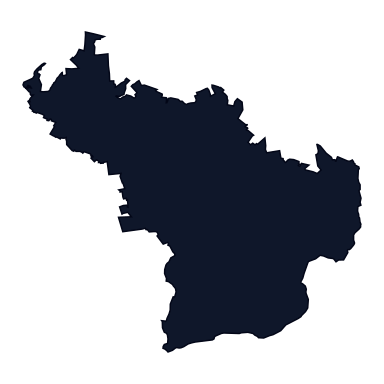 the district of Galesti, Mures, Romania
{"feature_id": "2599482B64118138183254", "entity_name": "Galesti", "entity_type": "district", "adm_level": 2, "iso_a3": "ROU", "parent_name": "Romania", "parent_adm1": "Mures", "projection": "robinson", "projection_center": [24.743, 46.496], "detail": "fine", "context": "isolated", "style": "filled", "palette": "ink", "viewbox_px": 384, "rotation_deg": 0, "n_neighbors": 0, "source": "geoboundaries", "source_scale": "gbopen_adm2", "svg_char_len": 5786}
<svg xmlns="http://www.w3.org/2000/svg" viewBox="0 0 384 384"><path d="M285.8,324.9L298.2,318.5L301.0,316.6L301.5,315.6L305.5,311.6L307.7,308.0L308.3,299.4L306.0,293.2L305.9,291.6L306.3,289.2L305.3,286.1L302.6,283.8L300.9,282.9L300.7,282.1L302.8,278.0L304.1,273.3L308.0,262.3L308.7,261.4L315.6,258.8L320.1,255.3L323.4,255.9L328.2,257.9L332.9,258.5L333.9,259.1L336.0,261.8L338.6,260.0L343.6,259.9L347.8,252.6L347.4,250.4L347.8,249.6L349.4,249.6L350.7,248.6L353.5,245.2L354.4,243.7L354.5,242.8L353.6,240.1L353.6,235.0L354.9,232.8L359.0,229.1L360.6,227.0L360.6,225.4L360.9,224.2L360.0,221.9L359.5,217.9L358.8,217.0L358.6,214.1L357.8,212.1L357.6,210.5L357.9,206.5L360.9,205.2L360.1,202.3L361.0,198.2L358.9,190.6L360.1,189.5L360.1,184.8L358.7,182.2L357.9,178.5L358.3,170.3L358.4,169.6L359.2,168.7L358.8,166.9L354.8,164.9L355.0,163.9L353.4,162.5L353.5,161.7L352.3,160.0L350.0,161.2L347.8,161.1L337.7,156.8L337.4,157.0L336.0,161.2L335.5,161.2L335.4,160.1L334.8,159.7L332.4,159.8L331.4,157.3L326.2,153.2L320.3,146.0L317.5,144.4L316.9,144.5L318.4,150.8L318.0,153.2L317.1,154.2L315.9,154.8L317.8,166.0L321.1,170.0L317.2,173.5L313.1,171.8L305.4,169.9L304.9,169.3L305.1,168.3L308.9,165.1L301.5,163.4L300.0,166.4L298.4,165.6L299.5,164.1L298.5,163.6L299.1,161.9L298.8,161.5L293.7,159.6L289.6,159.2L287.8,160.1L285.8,162.4L285.2,162.5L284.4,161.2L283.2,160.1L283.1,158.6L280.9,158.2L279.6,150.7L266.7,152.8L265.4,149.5L265.7,145.7L264.9,137.9L257.6,144.3L256.6,143.6L255.0,144.8L252.7,143.2L250.6,144.8L248.0,142.3L252.3,136.0L253.6,135.2L247.9,130.4L246.6,130.2L246.3,129.8L247.7,128.2L247.2,127.6L245.2,127.0L245.2,126.1L247.0,125.2L247.1,124.7L245.6,124.7L237.9,118.6L242.8,109.9L242.1,102.1L237.4,98.7L234.9,101.6L233.7,106.0L227.3,104.8L227.8,100.3L227.2,98.8L227.1,96.5L225.3,94.3L222.4,92.1L223.8,90.1L220.7,87.5L220.1,88.0L218.7,87.0L213.4,85.3L212.0,85.1L212.1,87.7L215.3,93.7L210.5,96.3L210.4,94.7L208.8,90.1L207.4,88.3L206.1,88.6L200.4,91.4L196.6,92.5L197.6,94.9L194.8,96.0L196.1,99.2L196.2,100.1L195.8,101.6L194.7,102.7L190.9,103.0L187.9,103.7L186.9,104.5L184.6,103.7L182.3,101.3L181.6,101.2L180.7,101.6L178.1,99.4L170.8,97.9L168.0,98.5L167.9,100.0L167.1,102.6L166.2,102.8L166.5,99.7L166.2,97.7L161.6,97.3L162.3,94.9L162.1,94.0L156.0,91.3L155.6,90.4L157.0,89.5L144.4,85.1L141.4,85.5L139.0,80.6L136.9,81.9L134.7,83.9L132.9,84.6L131.3,86.3L136.9,92.5L136.9,92.9L135.0,94.7L136.0,96.3L134.9,97.7L134.2,98.2L130.9,96.1L126.5,94.9L125.2,96.4L122.5,97.2L120.9,98.7L119.8,98.7L117.6,97.6L116.0,96.2L116.6,95.8L118.5,96.4L120.1,96.2L120.5,95.7L123.9,94.5L124.3,92.6L125.7,88.7L125.6,84.6L129.5,80.6L126.5,78.3L125.2,79.6L125.0,80.8L124.2,81.6L121.3,83.0L116.6,86.7L115.3,87.3L115.5,85.1L114.8,84.1L113.8,84.1L113.7,80.9L109.7,81.0L109.4,73.8L108.4,65.8L107.9,53.9L97.4,55.1L94.9,55.0L94.3,54.6L94.8,47.0L93.7,44.6L93.5,43.5L94.6,41.9L95.1,39.9L97.0,39.3L100.3,39.2L100.4,37.9L102.2,37.5L104.2,36.5L93.5,33.8L85.4,32.0L85.5,35.1L84.9,44.6L84.1,50.8L79.2,49.4L76.8,54.4L75.6,55.9L73.4,58.1L72.6,57.5L70.5,59.6L76.3,65.1L78.8,68.3L71.8,68.9L66.0,68.6L66.6,74.7L64.2,75.6L62.4,75.5L62.3,72.5L61.8,72.7L59.7,75.1L58.8,76.6L57.1,78.2L55.4,81.7L53.7,83.0L53.3,84.3L52.4,85.1L52.0,86.3L50.5,88.2L50.1,89.8L48.5,91.4L43.2,91.8L40.4,91.5L41.4,84.6L38.7,78.4L40.0,74.8L39.3,74.5L39.1,73.9L38.3,74.0L37.6,73.2L37.7,71.0L38.8,70.0L40.8,69.7L41.4,66.8L44.5,64.6L45.4,63.5L44.9,63.3L44.1,63.2L41.9,64.5L37.0,68.9L34.6,71.7L34.1,73.5L34.4,75.6L32.7,78.3L23.9,82.3L23.0,84.9L24.1,87.0L25.1,87.3L25.5,88.1L27.0,87.1L28.0,87.3L29.1,86.4L27.6,86.0L27.8,85.4L28.2,85.4L30.0,86.1L31.5,88.1L31.2,88.3L29.8,87.1L27.9,88.1L26.9,88.3L26.5,88.9L29.1,91.8L30.2,92.2L30.3,94.2L31.1,95.4L31.6,95.6L32.5,94.9L33.4,95.0L30.3,98.3L29.4,100.2L29.9,101.4L28.6,100.9L28.0,101.3L30.2,104.9L30.5,106.2L30.3,107.2L29.7,107.5L29.8,107.8L32.8,110.1L32.4,111.1L33.2,111.4L33.9,112.3L35.3,112.4L36.2,113.1L37.3,112.5L42.5,114.3L44.4,115.6L43.5,117.6L47.1,119.1L47.0,120.4L48.8,120.7L50.2,119.0L51.3,119.4L51.4,120.8L55.8,122.4L53.7,125.8L54.5,126.7L50.1,134.0L53.4,135.9L54.7,136.3L55.4,137.1L56.9,137.1L60.2,138.9L60.5,138.0L64.2,138.2L66.2,137.5L66.0,139.3L66.6,141.0L66.7,144.6L72.2,150.6L73.8,151.2L74.1,150.3L74.7,150.1L76.0,151.4L80.0,151.4L82.0,152.3L82.8,153.1L84.2,151.7L90.2,153.8L91.6,155.3L90.9,155.8L91.8,156.8L92.6,156.2L92.9,156.9L91.0,158.1L94.4,161.7L96.4,159.9L98.9,161.2L99.0,161.7L98.6,162.5L100.7,162.7L100.7,163.3L103.3,163.1L103.4,162.4L107.2,161.6L108.9,174.6L121.0,173.4L120.1,176.4L122.4,183.0L122.9,183.0L124.8,188.7L118.8,189.9L120.2,191.1L120.1,192.0L122.2,191.7L122.9,197.0L123.6,198.9L126.0,198.3L126.6,200.2L127.5,199.7L128.1,207.3L127.4,207.1L127.3,205.9L126.6,205.2L123.3,205.5L119.6,206.9L122.0,214.1L123.1,213.4L127.8,212.3L131.4,216.8L118.5,217.3L122.8,231.7L141.9,229.1L145.3,228.3L146.1,229.7L147.4,229.6L149.2,231.9L153.4,231.6L155.7,231.6L156.9,232.0L158.3,234.2L157.1,236.0L163.2,244.1L167.7,242.4L168.5,243.8L167.9,245.1L169.9,246.1L172.9,251.9L174.7,253.7L174.9,255.6L170.8,257.9L169.0,261.8L167.1,263.4L166.0,265.0L164.7,269.6L164.6,273.6L166.5,278.4L166.2,281.1L168.5,281.6L172.7,284.6L173.1,285.6L175.5,288.5L176.1,291.9L174.8,296.5L174.4,297.1L173.2,296.8L170.3,304.1L170.2,310.1L169.0,314.1L167.0,318.4L166.6,320.1L165.5,321.5L164.5,321.0L161.7,320.7L162.3,321.6L162.5,327.8L164.3,332.2L166.4,333.2L167.4,334.8L168.0,338.9L167.6,343.4L164.3,344.5L163.2,346.5L163.0,348.3L164.6,348.9L166.7,350.5L168.0,352.0L172.5,350.3L175.7,347.8L176.9,347.6L179.1,348.0L180.9,347.8L183.7,346.7L188.2,343.9L191.8,342.8L195.3,342.0L212.4,339.9L214.0,338.9L214.4,337.1L215.3,336.1L221.5,333.4L223.9,333.0L239.2,333.5L241.3,332.8L247.9,332.3L253.1,333.5L254.8,335.1L257.4,336.4L258.5,337.7L263.7,338.0L269.6,335.6L273.0,334.7L280.7,330.7L285.8,324.9Z" fill="#0f172a" stroke="#020617" stroke-width="1.5"/></svg>